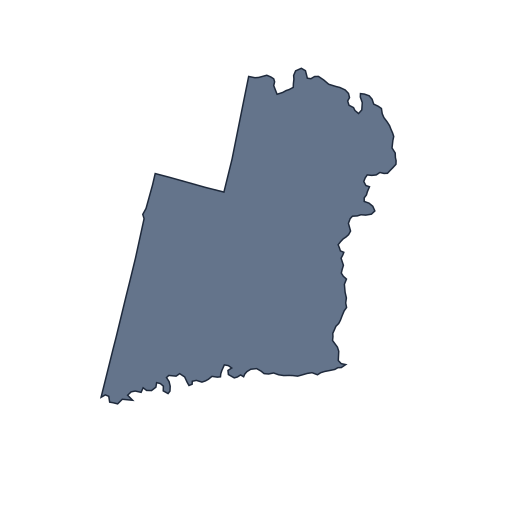 outline of Manoel Ribas, Paraná, Brazil, rotated 293°
{"feature_id": "56859067B35408611048404", "entity_name": "Manoel Ribas", "entity_type": "district", "adm_level": 2, "iso_a3": "BRA", "parent_name": "Brazil", "parent_adm1": "Paraná", "projection": "natural_earth1", "projection_center": [-51.634, -24.495], "detail": "fine", "context": "isolated", "style": "filled", "palette": "slate", "viewbox_px": 512, "rotation_deg": 293, "n_neighbors": 0, "source": "geoboundaries", "source_scale": "gbopen_adm2", "svg_char_len": 2671}
<svg xmlns="http://www.w3.org/2000/svg" viewBox="0 0 512 512"><g transform="rotate(293 256 256)"><path d="M65.4,168.6L69.3,171.6L69.3,175.3L64.3,178.4L65.1,181.8L65.8,186.4L71.9,188.9L75.0,198.8L77.7,192.2L82.2,194.2L84.5,197.6L85.6,203.5L90.6,203.6L89.5,207.8L91.3,212.4L96.1,215.1L100.6,214.0L101.2,217.8L100.0,221.6L95.6,223.3L95.0,228.8L98.0,229.6L102.6,227.9L106.5,225.0L109.1,221.1L112.0,222.4L114.2,229.4L117.9,231.7L116.8,237.6L113.0,241.8L110.6,244.9L113.0,247.3L115.8,246.3L118.2,249.7L118.8,255.5L121.3,258.3L124.0,260.4L128.0,262.5L129.4,267.8L130.9,270.5L133.8,269.6L137.4,269.3L143.4,269.4L144.3,273.4L143.4,277.4L139.7,274.9L136.1,276.9L135.3,283.6L137.3,286.1L140.5,288.3L140.0,291.8L142.9,291.8L146.0,292.8L149.7,295.4L152.6,300.6L152.0,305.6L150.9,309.4L152.3,313.7L155.2,317.9L155.5,323.2L156.8,328.3L159.0,333.1L160.3,336.5L161.7,341.3L164.8,345.2L167.9,349.0L170.5,353.2L170.7,359.0L173.9,361.2L176.6,364.4L179.2,368.3L182.4,372.9L185.2,375.0L186.6,378.1L191.1,381.0L190.2,376.5L191.9,372.6L200.6,369.4L203.9,366.6L208.1,359.5L211.9,358.3L214.8,356.9L218.7,357.0L222.5,357.0L226.2,358.5L229.8,358.8L235.2,358.6L240.0,358.6L244.0,359.5L247.8,356.9L252.7,355.6L257.4,352.2L264.5,348.4L270.1,348.3L271.5,344.2L273.6,341.2L277.1,340.6L281.6,340.1L287.2,335.2L290.9,335.5L293.7,335.4L293.7,331.7L296.3,329.4L298.5,327.2L302.1,328.2L305.9,329.6L308.6,331.4L311.8,332.9L315.9,333.3L322.2,328.3L327.2,328.1L330.3,329.2L332.5,333.6L335.0,336.5L336.5,341.0L339.6,345.9L343.9,347.8L347.4,344.1L348.8,339.4L348.5,334.3L351.8,332.9L355.4,333.8L358.6,333.4L364.1,333.4L363.8,329.6L366.7,326.1L370.6,326.0L374.1,326.7L375.4,331.0L377.6,335.0L381.3,337.4L382.0,341.6L383.5,344.7L387.3,346.1L391.1,347.6L395.1,349.0L398.5,347.7L401.0,345.9L405.2,343.9L408.6,339.0L416.0,336.8L419.8,336.1L422.6,333.7L425.7,330.4L428.1,328.1L430.7,324.3L433.4,319.6L436.3,316.6L440.8,313.8L441.6,310.0L441.8,305.0L445.7,301.6L447.7,297.6L447.4,292.5L446.3,288.7L443.1,289.9L438.7,293.9L431.8,296.3L427.2,294.7L428.6,290.2L430.7,287.8L431.1,282.7L434.5,279.8L438.3,280.2L441.8,277.6L443.7,273.2L443.9,267.3L443.3,263.6L442.5,255.8L444.5,249.6L445.7,243.3L444.1,239.8L440.7,237.3L439.7,233.8L443.3,231.1L445.9,229.1L446.5,224.4L441.9,220.1L436.9,220.1L433.6,221.8L429.2,223.1L425.8,224.4L422.2,221.5L420.1,219.1L417.0,216.7L413.1,212.2L419.8,205.7L423.6,205.1L426.0,203.1L426.6,199.8L426.6,195.3L421.4,188.7L419.7,185.4L418.4,179.1L389.5,185.0L335.8,196.1L302.3,201.5L299.4,182.8L294.6,145.4L292.5,131.0L281.0,133.0L256.8,136.2L250.1,135.5L246.6,138.4L206.9,145.9L183.0,149.8L169.0,152.0L125.8,159.1L115.1,160.7L65.4,168.6Z" fill="#64748b" stroke="#1e293b" stroke-width="1.5"/></g></svg>